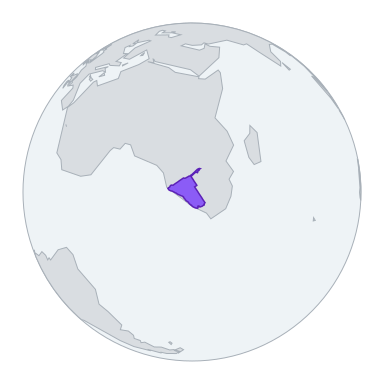 Namibia highlighted on a globe, orthographic projection, rotated 326°
{"feature_id": "NAM", "entity_name": "Namibia", "entity_type": "country or territory", "adm_level": 0, "iso_a3": "NAM", "parent_name": "Africa", "parent_adm1": "", "projection": "orthographic", "projection_center": [18.141, -22.953], "detail": "fine", "context": "on_globe", "style": "filled", "palette": "violet", "viewbox_px": 384, "rotation_deg": 326, "n_neighbors": 0, "source": "natural_earth", "source_scale": "50m", "svg_char_len": 6794}
<svg xmlns="http://www.w3.org/2000/svg" viewBox="0 0 384 384"><g transform="rotate(326 192 192)"><circle cx="192" cy="192" r="169" fill="#eef3f6" stroke="#a8b0b8"/><path d="M26.4,158.3L28.5,151.9L27.8,154.4L29.5,159.2L34.2,157.5L35.3,162.7L34.4,167.6L36.7,166.6L36.8,169.3L48.7,165.0L57.0,167.7L58.3,177.4L54.3,192.0L57.5,218.7L52.2,233.0L55.5,244.1L59.4,263.0L55.6,266.1L61.5,271.7L63.4,278.1L62.2,281.1L66.1,286.3L65.5,288.4L68.9,290.1L74.1,299.4L79.8,303.4L85.2,310.5L89.0,312.6L88.7,313.4L90.1,315.4L92.3,317.0L88.7,317.2L80.7,311.7L76.7,307.5L76.3,308.1L67.2,297.6L69.0,300.6L57.4,287.6L49.4,275.0L33.1,242.8L30.7,238.0L29.0,236.0L27.9,232.1L25.4,219.9L23.8,207.6L23.1,195.3L23.3,182.9L24.4,170.5L26.4,158.3ZM96.8,318.0L90.1,317.9L92.9,317.5L89.6,313.4L95.1,314.5L96.8,318.0ZM89.4,306.8L88.7,303.6L90.1,303.9L90.9,306.2L89.4,306.8ZM210.3,24.0L216.1,24.9L215.2,24.6L218.6,25.2L218.9,25.2L230.6,27.5L242.1,30.6L253.4,34.6L264.3,39.3L274.9,44.8L285.1,51.0L294.8,57.9L304.0,65.5L312.6,73.7L320.7,82.5L328.1,91.8L334.8,101.7L340.8,111.9L346.1,122.6L350.6,133.7L354.3,145.0L357.2,156.5L354.7,147.0L356.8,156.9L359.5,171.1L360.5,184.0L359.6,176.8L358.2,165.3L357.0,159.8L355.4,150.6L350.7,134.7L349.6,133.7L347.9,128.4L341.2,114.3L338.6,112.9L335.7,119.8L338.4,133.3L336.0,137.2L325.7,113.2L320.1,99.7L317.0,98.9L305.8,85.6L288.3,78.5L285.3,75.0L282.1,75.3L274.2,70.6L269.4,65.5L264.8,64.8L277.5,78.6L282.4,79.7L285.6,76.5L288.3,81.2L295.9,87.4L289.4,95.7L262.6,99.9L259.1,89.7L234.3,63.1L234.6,60.8L234.5,60.5L234.1,60.0L232.7,63.6L228.2,59.2L242.3,75.9L245.0,83.4L262.2,100.4L260.8,101.7L266.1,105.8L281.9,105.5L282.2,108.9L275.2,123.4L252.5,143.4L255.1,161.2L252.7,176.4L237.5,185.3L237.9,198.2L229.9,202.1L228.8,209.6L221.9,217.3L210.6,224.7L192.6,224.8L192.2,217.6L184.3,204.3L173.7,173.9L179.0,160.2L177.7,150.2L164.6,130.0L167.5,118.6L163.8,114.3L156.3,116.2L151.9,111.4L147.3,111.9L117.8,121.2L108.5,116.7L96.5,100.7L101.5,91.9L101.8,84.0L136.1,52.3L144.1,51.9L171.8,45.8L175.4,46.3L172.9,51.2L194.4,56.7L200.4,52.4L219.1,56.6L231.0,57.5L233.9,48.9L214.4,47.0L210.2,42.7L225.3,40.7L242.3,43.6L241.2,42.1L229.8,37.5L233.1,36.0L225.8,36.0L229.2,37.6L224.8,37.9L221.4,36.5L222.6,35.8L217.3,34.8L212.6,38.9L215.6,41.0L202.1,41.3L205.7,45.1L202.3,46.8L194.8,41.2L195.1,39.3L181.7,34.8L180.3,36.6L192.8,41.3L189.1,40.9L187.3,44.3L185.8,41.5L172.6,36.7L160.0,39.3L145.0,49.5L137.4,51.8L130.6,51.7L134.9,43.1L151.4,39.2L153.2,36.9L148.9,35.0L154.3,34.2L154.5,33.2L160.7,32.2L168.4,29.1L174.5,28.3L176.7,26.1L180.1,25.6L177.9,26.9L179.6,27.7L194.6,27.1L197.3,26.7L197.5,25.5L201.6,25.8L199.8,24.8L208.1,24.9L196.6,24.1L196.5,23.5L201.0,23.4L198.9,23.2L191.6,23.5L190.6,23.9L193.0,24.3L188.3,26.1L183.3,26.7L180.4,24.8L173.0,25.7L173.9,24.5L185.7,23.2L198.0,23.1L210.3,24.0ZM125.2,65.4L124.5,67.7L125.2,65.4ZM261.1,52.4L270.7,55.4L264.9,49.3L268.1,50.1L264.9,47.9L264.4,48.8L256.5,43.5L260.0,43.5L258.1,41.5L254.8,40.5L249.5,41.5L260.8,48.9L259.2,50.3L261.1,52.4ZM28.6,151.5L28.7,152.4L28.1,153.6L28.6,151.5ZM150.1,30.4L152.5,30.3L150.5,31.4L142.8,33.8L145.5,32.0L150.1,30.4ZM156.3,30.0L155.5,28.2L160.3,27.2L157.7,28.0L161.0,27.4L157.7,28.7L163.0,29.9L161.7,31.1L148.1,34.0L153.3,32.2L150.7,32.2L156.3,30.0ZM179.1,44.4L181.8,44.4L185.9,44.0L184.8,46.4L179.1,44.4ZM169.9,41.0L172.3,40.5L172.7,43.2L169.9,43.4L169.9,41.0ZM173.2,38.3L172.4,40.3L171.2,39.3L173.2,38.3ZM180.0,26.6L182.5,26.3L182.9,26.6L181.7,27.1L180.0,26.6ZM230.8,49.9L227.6,51.3L225.7,50.3L227.2,50.0L230.8,49.9ZM205.3,47.9L211.3,49.3L204.9,48.6L205.3,47.9ZM278.5,281.2L278.3,284.5L276.3,283.8L278.5,281.2ZM279.2,179.1L266.2,205.3L258.9,204.0L258.5,195.1L263.9,178.7L272.7,175.7L277.2,169.2L279.2,179.1ZM359.0,217.7L359.4,213.2L359.6,207.4L360.0,205.6L359.7,212.5L359.7,212.9L359.0,217.7ZM359.9,205.2L359.6,191.9L356.0,162.6L357.4,165.6L360.5,186.8L360.4,188.5L360.6,198.0L359.9,205.2ZM339.0,135.0L342.2,145.2L340.7,145.3L339.0,135.0ZM327.1,293.4L328.2,290.6L330.7,286.0L333.7,282.3L343.1,265.8L342.6,267.2L347.4,257.4L347.6,257.9L341.7,270.3L334.9,282.1L327.1,293.4Z" fill="#d9dde1" stroke="#a8b0b8" stroke-width="1"/><path d="M206.7,176.6L207.3,176.5L207.9,176.4L208.6,176.3L209.1,176.3L209.2,176.2L210.5,176.4L211.1,176.5L211.5,176.8L211.9,177.3L211.0,177.3L210.6,177.4L209.9,178.0L209.7,177.9L209.4,177.7L209.1,177.8L208.8,178.0L208.4,178.2L208.1,178.4L208.0,178.5L207.5,179.0L207.4,179.0L207.2,179.0L207.1,178.8L206.9,178.4L206.4,177.7L206.2,177.7L205.9,177.7L204.9,177.8L204.1,177.9L202.8,178.1L201.5,178.3L200.7,178.4L199.9,178.4L199.9,179.0L199.9,180.2L199.9,181.4L199.9,182.6L199.8,183.8L199.8,185.0L199.8,186.2L199.8,187.4L199.8,188.6L199.8,189.2L199.7,189.3L199.3,189.3L198.4,189.2L197.6,189.2L197.0,189.2L197.0,189.9L197.0,190.8L197.0,191.6L197.0,192.5L197.0,193.3L197.0,194.2L197.0,195.0L196.9,195.9L196.9,196.7L196.9,197.3L196.9,198.6L196.9,200.0L196.9,201.3L196.9,202.6L196.8,203.9L196.8,205.2L196.8,206.5L196.8,207.8L196.8,208.2L196.5,208.2L196.0,208.4L195.6,208.6L195.5,208.8L195.3,209.0L195.0,209.0L194.9,209.2L194.9,209.4L194.9,209.5L194.6,209.6L194.3,209.6L193.8,209.4L193.2,209.4L192.4,209.5L191.9,209.4L191.6,209.2L191.2,209.1L190.9,209.1L190.6,209.0L190.2,208.9L190.1,208.7L189.9,208.3L189.9,208.2L190.0,208.1L190.0,207.9L190.0,207.7L189.8,207.5L189.7,207.5L189.5,207.3L189.4,207.1L189.2,207.0L188.9,207.1L188.7,207.3L188.6,207.5L188.5,207.9L188.5,208.0L188.4,208.2L188.3,208.3L188.2,208.2L188.1,208.3L187.7,208.6L187.3,208.5L186.5,207.6L186.2,207.4L185.7,206.8L184.7,205.1L184.5,204.8L184.3,204.0L184.1,203.4L184.1,203.0L184.2,202.8L184.1,202.6L184.0,202.3L183.6,202.0L183.5,201.0L183.2,200.3L183.3,199.7L183.2,199.2L183.1,198.9L183.2,198.2L183.0,197.5L182.6,196.8L182.2,195.8L182.2,195.4L182.2,194.2L182.1,193.7L182.1,193.1L181.9,192.5L181.9,192.2L181.9,191.9L182.0,192.0L182.2,191.7L182.2,191.4L182.0,190.6L181.6,189.9L180.6,188.7L180.4,188.2L180.2,187.8L179.1,186.2L178.6,185.1L178.3,184.1L177.9,183.6L176.2,180.4L175.8,179.9L175.1,179.3L175.0,179.1L174.7,178.6L174.2,177.8L174.0,177.1L174.0,176.2L174.0,175.6L174.5,175.5L174.8,175.3L175.1,175.3L175.3,175.4L175.6,175.4L176.3,175.4L176.6,175.2L176.9,175.1L177.1,174.9L177.4,174.8L177.8,174.6L178.0,174.6L178.3,174.7L178.7,174.7L178.9,174.8L179.1,175.1L179.5,175.4L179.8,175.5L180.1,175.7L180.2,175.8L180.3,175.8L181.0,175.8L181.5,175.7L182.1,175.7L183.2,175.7L184.2,175.7L185.3,175.7L186.4,175.7L187.5,175.6L188.5,175.6L189.6,175.6L190.7,175.6L191.1,175.6L191.9,175.6L192.7,175.6L192.8,175.7L193.0,175.8L193.3,176.2L193.6,176.5L193.9,176.7L194.3,176.8L194.6,176.9L194.9,176.9L195.5,176.9L196.2,177.0L197.0,177.1L197.8,177.1L198.3,177.1L198.6,177.3L199.0,177.5L199.3,177.5L199.8,177.5L200.3,177.4L200.8,177.4L201.0,177.5L202.0,177.4L202.7,177.3L203.7,177.1L204.6,177.0L205.8,176.8L206.7,176.6Z" fill="#8b5cf6" stroke="#5b21b6" stroke-width="1.5"/></g></svg>